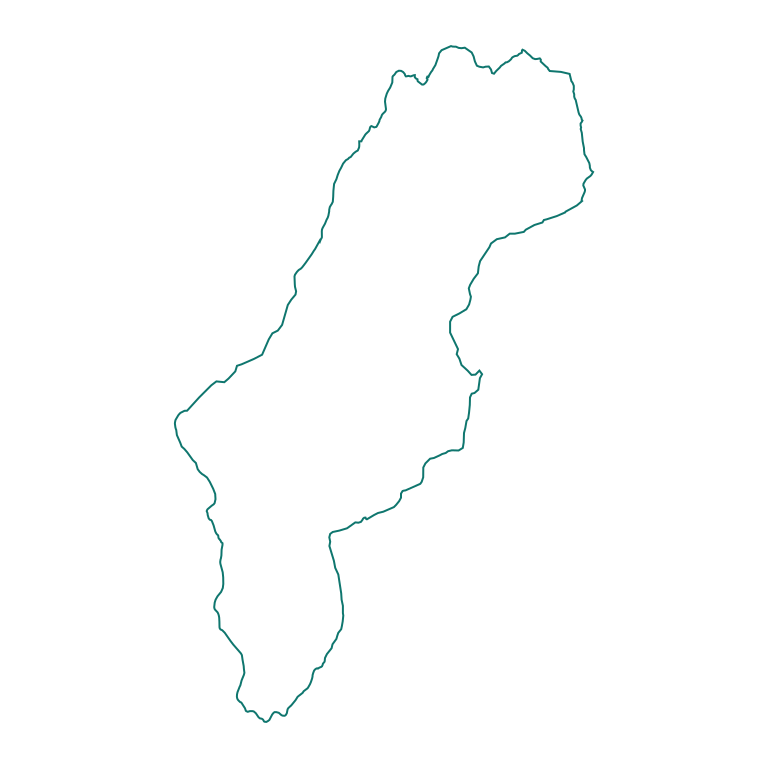 Palestina, Huila, Colombia (Equal Earth projection)
{"feature_id": "7082276B12666092596275", "entity_name": "Palestina", "entity_type": "district", "adm_level": 2, "iso_a3": "COL", "parent_name": "Colombia", "parent_adm1": "Huila", "projection": "equal_earth", "projection_center": [-76.155, 1.674], "detail": "fine", "context": "isolated", "style": "outline", "palette": "teal", "viewbox_px": 768, "rotation_deg": 0, "n_neighbors": 0, "source": "geoboundaries", "source_scale": "gbopen_adm2", "svg_char_len": 6024}
<svg xmlns="http://www.w3.org/2000/svg" viewBox="0 0 768 768"><path d="M593.1,172.0L591.8,171.1L590.8,170.1L589.9,167.7L589.8,165.6L589.3,163.1L586.2,157.0L584.5,154.3L584.0,150.0L584.0,148.2L582.7,141.6L581.8,132.8L580.7,129.0L581.1,127.6L580.6,125.4L580.6,123.5L581.8,121.9L582.5,120.5L581.8,119.8L581.5,118.1L580.9,116.7L579.3,114.5L578.6,112.5L575.7,100.0L574.7,98.3L574.2,96.6L574.2,94.2L573.3,91.5L573.8,89.4L573.8,85.8L572.5,82.6L571.4,81.2L569.6,73.9L560.9,71.9L549.7,71.0L548.1,68.9L547.6,67.7L545.7,66.2L540.7,61.5L540.8,59.6L539.8,58.4L536.9,59.0L535.1,59.1L532.7,58.2L530.0,55.5L527.3,53.3L524.8,50.8L522.5,49.7L522.0,50.4L521.8,52.7L518.9,54.1L518.2,55.0L517.2,55.7L514.8,56.1L513.3,56.8L512.1,57.6L511.0,59.3L508.8,61.3L506.9,62.3L505.9,62.3L505.3,62.6L504.6,63.4L501.0,65.9L499.8,67.5L496.2,71.0L494.0,73.7L492.0,73.0L491.0,69.5L488.8,66.5L485.6,66.7L483.1,67.4L479.3,66.7L476.9,65.7L474.9,61.4L473.6,56.4L471.7,52.5L464.8,47.7L461.5,48.2L458.7,47.9L456.0,46.7L452.7,46.6L451.0,46.1L441.6,50.2L439.1,53.3L438.5,56.2L437.7,58.6L435.4,65.1L432.9,69.2L432.4,70.4L431.1,72.0L429.3,75.0L428.4,77.0L427.7,76.5L427.3,76.6L426.7,78.2L427.5,79.5L427.4,80.0L426.2,82.0L425.2,83.2L423.6,84.5L422.1,84.6L417.8,81.3L417.5,80.6L417.5,79.3L415.8,78.4L414.8,77.2L414.8,75.1L413.6,75.3L411.0,76.3L410.1,76.3L408.4,75.9L406.7,76.3L405.8,76.3L405.2,75.4L404.7,73.9L403.2,72.1L401.2,70.9L398.9,70.7L396.3,72.0L394.5,74.6L392.9,76.1L392.5,76.9L392.3,82.5L390.2,87.5L388.1,90.9L386.8,93.6L385.3,98.5L385.0,101.6L386.0,109.2L385.7,110.6L385.0,111.7L382.7,113.9L381.9,115.0L381.2,117.0L379.6,119.8L379.4,121.1L378.7,122.7L376.7,126.4L376.3,126.9L374.2,127.4L372.4,126.5L371.3,126.1L370.4,126.8L369.9,128.0L369.5,129.8L368.9,131.1L366.1,133.7L365.3,134.6L361.7,140.4L361.4,141.3L359.2,141.3L359.3,144.8L359.2,146.7L359.0,147.7L357.8,150.5L355.7,151.7L353.4,153.6L350.7,157.0L349.2,157.7L348.0,159.0L345.9,160.2L343.1,163.6L341.1,167.8L339.4,170.8L337.7,175.0L336.4,179.2L334.1,183.9L333.4,190.9L333.2,196.7L332.8,201.8L331.6,204.2L331.0,205.0L329.8,207.1L329.2,209.9L329.2,211.3L328.4,215.6L327.7,217.7L326.6,219.7L325.0,223.7L322.7,227.8L322.0,229.5L321.8,231.2L321.9,237.2L321.4,238.5L320.9,239.1L320.0,241.4L319.7,240.7L315.0,249.2L313.9,250.7L311.8,254.1L305.5,263.0L302.2,267.3L300.8,268.7L298.7,270.0L297.0,271.8L295.0,274.7L294.5,276.4L294.8,284.3L295.0,286.8L296.1,291.3L295.5,294.6L291.3,299.6L287.8,305.0L282.1,324.9L277.8,330.6L272.4,333.3L268.8,339.3L262.1,354.7L254.2,358.8L241.6,364.3L237.0,365.8L235.3,371.4L228.5,378.6L224.3,382.2L216.4,381.4L211.3,385.3L199.1,397.5L187.1,410.7L184.5,410.8L180.4,412.9L178.7,414.7L177.9,415.9L175.5,420.0L175.0,422.3L174.9,423.7L175.4,427.4L175.9,429.2L176.2,429.8L176.9,435.1L180.2,442.6L181.7,446.6L184.3,448.9L187.3,452.4L192.8,460.1L195.9,463.0L197.7,469.2L199.7,471.9L202.0,474.0L203.8,475.1L207.0,477.5L209.8,481.9L213.2,488.8L215.2,494.0L215.5,499.2L214.6,503.1L213.7,504.3L211.7,505.7L207.6,509.2L207.0,510.2L206.7,511.1L207.5,513.1L207.7,515.0L208.7,518.4L209.8,519.7L211.0,520.0L211.9,521.1L213.6,525.4L215.3,531.5L216.2,533.3L217.0,534.4L217.9,535.1L218.2,535.6L218.5,537.9L219.1,538.9L219.9,539.6L220.1,540.2L220.6,540.6L221.3,542.3L222.0,542.7L222.5,543.2L222.5,544.9L221.6,549.6L221.4,555.5L220.9,558.4L220.5,559.7L220.2,562.0L220.4,563.8L222.7,572.3L223.2,577.4L223.3,584.0L222.8,588.0L221.1,591.9L217.5,596.3L215.6,599.7L214.7,602.6L214.2,607.1L214.5,608.7L215.0,609.6L217.6,612.4L218.3,613.9L218.8,615.5L219.2,617.7L219.4,621.7L219.5,627.2L219.8,628.5L220.6,629.5L222.2,630.2L224.7,632.7L230.6,641.1L233.2,644.5L241.0,653.5L241.9,655.2L242.6,660.1L243.7,666.1L243.9,668.9L244.4,672.8L243.9,674.8L241.6,680.4L240.3,685.5L239.7,686.6L237.5,692.2L237.0,694.5L236.9,696.8L237.2,698.3L237.7,699.5L238.6,700.6L240.2,702.1L240.9,702.3L241.5,702.8L245.0,708.3L245.8,710.7L246.3,711.2L247.8,711.8L249.9,711.1L252.2,711.1L253.7,711.4L255.8,713.2L258.6,717.3L260.0,718.4L261.7,718.7L262.4,719.1L263.1,719.7L264.0,721.4L264.9,721.8L266.4,721.9L268.0,721.0L269.4,719.9L272.2,714.5L273.6,712.8L274.6,712.1L276.2,712.1L278.8,712.8L281.4,715.1L282.5,715.6L284.3,715.8L285.0,715.6L285.7,715.1L286.8,713.3L287.6,709.3L288.4,708.0L291.5,705.1L294.2,701.8L295.5,700.2L297.7,696.7L302.6,692.9L303.7,691.2L307.5,688.3L308.0,687.7L310.0,684.2L311.0,681.8L312.1,678.5L312.5,676.7L312.6,675.1L313.3,672.7L314.1,670.6L315.0,669.5L316.4,668.5L317.4,668.3L317.9,668.6L319.4,667.6L321.0,667.0L322.0,666.3L322.7,664.7L322.9,663.7L324.5,661.8L324.7,661.1L325.0,658.0L326.9,654.1L331.6,648.2L332.5,644.3L336.4,638.9L337.3,635.7L338.3,632.8L341.2,629.2L341.9,626.0L342.7,621.4L343.3,615.5L342.9,613.1L342.9,605.8L341.6,599.7L341.2,593.3L338.3,574.5L335.2,567.8L333.9,560.8L329.4,546.0L330.2,541.7L329.3,537.3L330.2,533.9L332.7,532.0L339.3,530.6L347.0,528.3L355.3,522.4L358.4,522.7L360.9,521.9L362.3,520.1L363.1,518.6L364.3,517.7L365.5,517.6L366.1,518.9L366.9,519.3L374.1,515.0L378.0,513.0L383.3,511.7L393.9,507.1L396.1,504.9L399.1,501.2L401.0,497.7L401.0,493.6L402.6,491.0L404.0,490.6L405.5,490.4L420.3,483.8L421.7,481.8L423.2,477.3L423.3,467.5L425.4,463.4L430.1,458.7L433.9,458.0L439.6,455.4L442.2,454.0L445.7,453.0L448.1,451.2L451.9,450.3L458.6,450.5L462.8,447.9L463.7,442.4L464.0,433.0L465.3,428.0L466.5,421.0L468.2,418.5L469.0,413.0L469.8,405.0L470.0,397.4L471.7,393.7L474.5,393.0L478.3,389.7L479.9,378.2L482.1,374.2L479.4,370.6L475.5,374.6L471.5,374.9L467.7,370.7L461.5,365.0L459.4,358.7L456.7,354.2L458.0,349.1L450.1,332.6L450.1,321.7L452.6,316.8L459.3,313.5L466.4,309.2L469.1,304.5L470.4,299.7L470.9,296.7L470.0,294.1L468.8,288.3L470.2,284.7L473.7,278.8L477.9,273.3L478.7,266.4L480.1,261.1L489.4,247.2L491.0,243.5L496.8,239.2L505.0,237.4L509.7,233.7L514.7,233.7L523.8,231.9L525.8,229.7L534.4,225.0L542.4,222.5L543.9,220.0L546.4,219.4L556.7,216.1L565.2,212.4L565.5,211.7L576.8,205.5L582.1,201.0L581.6,200.5L582.0,198.1L584.6,192.1L585.0,190.7L585.0,189.4L583.3,185.5L583.5,183.7L585.6,180.1L586.8,178.6L590.4,176.0L591.6,174.6L593.1,172.0Z" fill="none" stroke="#0f766e" stroke-width="2"/></svg>